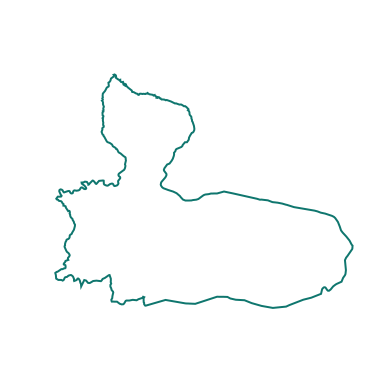 Tabaporã, Mato Grosso, Brazil (Mercator projection), rotated 350°
{"feature_id": "56859067B70789515296614", "entity_name": "Tabaporã", "entity_type": "district", "adm_level": 2, "iso_a3": "BRA", "parent_name": "Brazil", "parent_adm1": "Mato Grosso", "projection": "mercator", "projection_center": [-56.642, -11.068], "detail": "fine", "context": "isolated", "style": "outline", "palette": "teal", "viewbox_px": 384, "rotation_deg": 350, "n_neighbors": 0, "source": "geoboundaries", "source_scale": "gbopen_adm2", "svg_char_len": 5898}
<svg xmlns="http://www.w3.org/2000/svg" viewBox="0 0 384 384"><g transform="rotate(350 192 192)"><path d="M136.1,62.8L135.2,63.0L135.7,63.8L135.0,64.6L131.9,66.2L131.0,68.2L129.9,69.3L128.7,69.8L128.5,73.0L128.2,73.6L126.2,74.4L124.0,77.3L121.3,79.6L120.6,82.0L120.7,83.2L119.9,84.2L120.3,85.3L119.9,86.1L119.2,86.4L119.8,87.5L119.9,89.0L119.6,89.6L119.6,90.4L120.0,92.8L119.2,94.1L119.0,95.0L119.2,95.8L118.9,96.5L118.3,96.8L118.6,97.5L118.0,97.8L117.6,98.4L117.3,101.1L117.9,101.7L117.8,102.5L116.7,103.7L117.1,104.5L116.7,105.5L116.6,107.1L116.7,108.1L116.1,110.6L116.5,111.3L116.5,112.0L116.3,112.6L115.0,113.3L114.6,114.1L114.6,115.0L113.4,117.1L113.9,119.8L114.7,120.7L114.7,121.7L115.2,122.4L116.9,127.5L117.6,128.3L119.5,129.4L121.2,131.0L121.6,131.7L122.0,133.2L124.4,135.3L124.7,136.4L125.6,136.9L126.6,140.2L128.4,141.7L130.9,144.8L132.4,146.2L132.6,147.1L132.4,147.9L132.4,149.5L130.8,153.2L131.0,154.3L130.8,155.3L130.0,157.1L129.1,158.3L123.5,161.1L122.8,161.7L122.5,162.5L122.6,163.3L122.9,163.9L123.7,164.7L123.8,165.5L123.6,166.1L121.3,168.1L121.0,169.0L121.0,170.9L120.4,171.7L119.5,172.4L117.9,172.7L116.9,172.7L116.2,172.2L115.7,170.6L115.2,170.0L114.6,169.8L112.9,169.9L110.2,171.1L109.4,171.0L108.0,170.3L106.9,169.4L106.6,168.7L107.0,165.5L106.4,165.2L102.4,164.9L99.3,167.4L98.6,167.1L97.8,165.3L96.8,163.8L96.0,163.5L92.7,165.8L92.0,166.6L91.2,166.8L91.2,165.9L90.2,163.8L88.3,163.2L86.8,163.7L84.9,163.5L84.9,164.6L87.3,167.2L88.4,169.3L88.4,170.2L87.9,170.6L87.1,170.6L86.1,170.1L84.8,168.6L83.8,168.3L83.1,168.7L81.7,170.3L80.6,170.7L78.6,170.7L76.6,170.0L75.7,170.2L75.1,170.9L74.3,172.4L73.4,172.6L72.5,172.2L72.0,171.4L71.6,170.0L71.0,169.6L69.7,169.6L65.9,170.2L65.3,169.4L64.8,167.8L64.0,167.0L63.0,166.6L62.0,166.9L61.6,167.5L61.4,168.4L62.2,171.6L62.9,173.1L62.4,173.7L61.5,173.7L59.0,173.3L57.2,175.0L57.5,175.8L58.9,176.5L59.1,177.2L59.6,177.7L61.4,178.3L62.0,179.0L62.6,180.8L63.3,181.4L63.0,183.1L63.9,183.3L65.1,184.3L65.0,185.3L66.7,189.3L67.4,189.1L68.0,189.4L68.2,190.2L68.1,191.4L67.7,192.0L68.1,193.3L67.9,194.3L68.3,195.9L69.6,197.8L69.7,199.1L70.4,200.6L70.5,202.2L71.1,203.9L70.7,205.4L69.2,208.6L66.8,211.4L66.5,212.0L65.9,212.6L65.0,212.8L64.1,213.5L63.6,215.3L62.9,216.3L62.0,216.8L60.7,217.0L60.0,217.5L59.8,218.1L58.8,219.3L57.9,221.2L57.7,222.6L57.1,223.2L57.0,224.0L58.0,228.1L58.5,229.3L59.7,230.6L60.5,232.3L60.5,233.3L59.8,234.2L58.4,235.4L58.1,236.4L58.4,237.4L55.5,237.9L55.0,238.8L53.7,239.9L53.1,240.7L53.3,241.3L54.1,241.6L54.6,242.1L54.6,243.4L54.3,244.7L53.7,245.1L52.7,245.0L51.2,245.5L49.9,245.3L45.7,247.2L44.8,247.2L43.3,248.0L43.5,250.1L43.2,253.7L45.1,255.4L48.0,255.9L49.3,256.8L50.5,256.2L51.9,254.2L52.6,253.9L54.1,253.9L55.9,252.9L56.5,252.8L58.1,252.7L58.7,252.9L59.8,254.1L60.2,254.9L60.7,257.2L60.4,258.6L60.5,259.2L63.0,258.7L64.3,257.4L65.0,257.5L65.7,258.4L66.2,260.0L66.3,262.1L66.7,263.0L66.5,265.7L70.6,260.0L72.3,260.8L73.8,263.4L74.9,263.8L75.8,263.8L79.2,262.5L82.5,262.7L86.8,264.0L87.5,263.6L88.9,262.1L91.3,261.5L95.6,259.5L96.4,259.5L97.0,263.3L96.6,265.6L96.3,266.5L96.5,268.2L95.5,269.3L95.2,271.1L95.7,272.7L95.8,274.5L96.9,276.4L97.0,277.3L95.6,280.6L95.0,282.7L93.9,284.0L93.8,285.1L94.0,286.0L99.1,287.0L101.4,289.5L103.3,290.5L104.9,290.6L105.8,290.0L107.8,287.7L108.6,287.5L111.6,288.0L114.9,287.9L118.7,289.0L120.6,288.3L124.5,287.7L125.1,287.4L125.7,286.7L126.7,287.3L125.8,288.4L125.3,292.2L125.6,292.8L125.4,294.1L126.0,295.6L126.6,295.9L147.2,293.7L166.3,300.6L175.8,302.7L198.4,299.5L204.9,300.7L208.7,301.5L211.2,303.5L216.4,305.7L224.9,307.7L231.5,311.8L240.8,316.3L251.5,320.2L264.8,321.2L268.2,320.3L282.9,317.4L291.1,316.8L301.4,314.7L303.0,310.9L303.6,309.9L305.1,308.9L305.8,308.8L306.5,309.0L307.0,309.5L308.0,311.8L308.7,312.8L309.8,313.0L311.6,312.1L314.6,309.5L317.1,308.2L318.3,307.7L323.7,306.3L325.9,302.8L328.2,300.5L328.9,299.4L330.0,295.7L330.8,285.7L332.4,283.4L333.9,282.1L339.8,276.1L340.1,275.5L340.8,272.7L340.1,271.6L338.7,267.2L336.2,262.6L333.3,258.1L332.1,255.7L331.5,251.6L330.5,246.8L328.5,242.5L327.5,241.2L326.5,240.4L325.7,239.8L319.4,236.4L315.2,234.7L312.2,232.9L309.4,231.6L289.8,224.6L283.1,221.1L282.3,220.8L278.9,219.1L274.5,217.4L269.4,215.9L265.3,213.4L259.3,211.6L257.4,211.3L254.9,210.0L232.1,200.5L223.6,197.1L216.4,197.8L210.5,196.8L208.0,197.0L204.7,196.8L203.4,197.0L202.3,197.4L197.1,200.0L194.9,200.3L191.6,200.1L189.7,200.2L184.1,199.3L181.8,197.9L180.1,195.3L179.4,193.9L176.6,190.5L173.5,188.3L168.9,185.9L164.5,183.3L163.4,182.1L162.6,180.3L162.5,179.3L163.2,177.4L163.8,176.7L168.3,173.0L169.6,171.3L169.9,170.4L169.9,169.6L168.2,166.2L168.1,165.4L168.9,163.9L172.3,160.6L174.8,160.1L177.4,157.7L178.9,155.9L180.4,153.2L180.9,151.9L181.1,150.3L182.7,148.9L183.5,147.4L184.4,146.9L189.4,145.8L190.6,144.9L191.0,144.1L193.7,141.8L195.7,142.1L197.9,139.9L198.5,138.0L200.0,136.0L202.0,133.8L203.0,133.6L203.8,133.1L204.9,131.6L205.3,130.2L205.4,127.3L204.8,123.2L204.4,122.3L204.5,120.8L204.2,119.6L204.4,118.0L204.1,117.2L203.2,115.7L203.1,115.0L203.3,113.0L203.1,112.0L202.2,110.8L202.8,110.5L202.9,109.8L201.1,107.2L200.0,106.2L199.1,106.2L196.9,104.2L196.3,103.9L194.7,103.7L191.6,101.9L190.7,101.9L187.0,99.2L183.1,97.0L182.1,97.1L181.0,96.3L179.1,95.7L178.3,95.7L177.6,95.1L177.3,94.3L176.5,94.1L176.1,93.1L175.2,92.7L174.4,92.4L174.2,93.3L173.3,93.0L173.6,92.0L172.2,90.7L172.1,90.0L170.8,90.3L170.3,89.5L166.9,88.3L165.4,86.8L164.8,87.4L163.9,87.1L163.1,87.4L161.0,86.8L160.3,86.9L158.7,86.3L157.4,86.2L156.7,87.0L156.0,87.0L155.2,85.8L154.1,85.3L151.9,83.5L150.5,83.1L150.3,81.6L147.0,77.9L146.2,76.6L145.4,76.3L144.8,75.8L145.7,75.4L145.7,74.6L144.8,73.9L144.1,73.9L143.7,74.7L143.2,74.3L143.1,73.2L143.4,72.3L143.2,71.6L142.1,71.7L141.2,71.3L140.7,70.2L140.8,69.2L140.0,69.5L139.4,68.6L138.4,68.0L138.1,67.4L137.2,66.8L136.8,65.9L137.3,65.1L137.3,64.2L137.0,63.5L136.1,62.8Z" fill="none" stroke="#0f766e" stroke-width="2"/></g></svg>